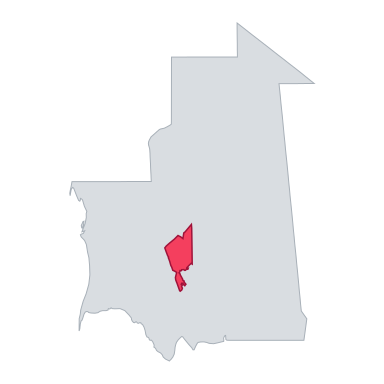 location of Tijigja, Tagant, Mauritania
{"feature_id": "47542326B404198781259", "entity_name": "Tijigja", "entity_type": "district", "adm_level": 2, "iso_a3": "MRT", "parent_name": "Mauritania", "parent_adm1": "Tagant", "projection": "equal_earth", "projection_center": [-11.566, 18.518], "detail": "fine", "context": "in_parent", "style": "filled", "palette": "rose", "viewbox_px": 384, "rotation_deg": 0, "n_neighbors": 0, "source": "geoboundaries", "source_scale": "gbopen_adm2", "svg_char_len": 4632}
<svg xmlns="http://www.w3.org/2000/svg" viewBox="0 0 384 384"><path d="M165.8,359.2L165.4,359.0L163.2,357.0L162.2,354.7L160.5,352.9L158.1,351.7L156.5,350.4L155.8,348.8L155.0,347.8L154.0,347.3L153.9,346.8L154.2,346.0L154.0,344.6L152.6,341.5L151.3,340.1L150.2,340.3L149.5,339.9L149.2,339.3L149.0,338.3L148.3,337.4L147.0,337.0L145.9,334.7L145.1,330.5L144.1,327.3L142.8,324.9L141.9,324.0L141.3,323.9L141.0,323.5L140.9,322.8L139.9,322.6L138.5,323.3L137.3,323.0L136.6,321.9L135.8,321.8L134.7,322.7L133.5,322.5L132.2,321.0L131.5,319.5L131.4,318.0L129.1,315.1L124.8,310.6L120.0,308.6L114.9,308.8L112.0,308.6L111.4,307.9L110.7,308.0L110.1,308.8L109.4,309.0L108.7,308.5L108.2,308.9L108.1,310.0L106.2,310.6L102.8,310.6L100.0,311.3L97.9,312.7L94.9,313.2L91.0,313.0L88.7,312.5L87.9,311.7L86.7,311.5L85.3,312.0L84.0,314.2L82.8,318.1L81.9,320.4L81.1,320.9L80.3,323.9L79.8,328.8L79.1,331.0L79.2,318.7L80.3,314.1L80.7,310.1L83.2,301.2L86.1,293.9L88.8,284.3L89.9,274.9L89.6,265.8L88.9,257.7L87.6,252.3L86.4,244.6L84.6,240.5L81.2,236.9L80.4,234.8L81.3,234.1L83.3,233.5L84.7,230.8L81.9,231.8L85.2,223.3L86.3,217.5L86.2,213.7L86.8,211.4L84.4,206.3L82.5,199.9L81.5,198.9L80.5,198.4L80.4,199.9L79.8,201.2L78.6,200.4L76.6,195.7L73.7,188.2L72.7,187.4L71.8,188.5L71.2,189.4L70.1,195.7L69.8,193.2L70.3,190.3L71.1,186.7L72.0,181.6L74.6,181.6L79.2,181.6L88.4,181.6L93.0,181.6L102.2,181.6L106.8,181.6L116.0,181.6L120.6,181.6L129.8,181.5L134.4,181.5L143.7,181.5L148.3,181.5L151.3,181.5L151.1,177.9L151.0,175.1L150.8,171.3L150.6,167.5L150.5,163.7L150.3,160.1L150.1,156.6L150.0,153.3L149.8,150.3L149.6,148.5L148.6,145.1L148.4,143.4L148.7,141.6L149.4,139.9L151.1,136.8L153.9,134.4L157.0,131.6L159.4,129.5L160.6,129.0L164.3,128.2L167.3,126.7L170.1,125.1L171.3,124.2L171.4,121.3L171.5,57.1L185.5,57.1L189.2,57.0L215.0,57.0L218.7,57.0L237.4,57.0L237.4,54.0L237.3,49.7L237.3,43.8L237.2,37.8L237.1,27.4L237.1,23.0L240.8,25.9L248.3,31.8L252.0,34.7L259.5,40.5L267.0,46.3L274.5,52.2L278.2,55.1L282.0,58.0L285.7,60.9L289.5,63.9L297.0,69.7L300.2,72.2L305.0,76.1L309.6,79.8L314.2,83.5L307.2,83.5L297.9,83.6L291.6,83.6L285.1,83.6L279.0,83.6L279.6,89.6L280.3,96.2L280.9,102.9L281.6,109.5L282.3,116.1L284.2,136.1L284.9,142.7L285.5,149.4L286.2,156.1L286.9,162.7L288.2,176.1L288.8,182.8L289.5,189.5L290.1,196.2L290.8,203.0L291.5,209.7L292.8,223.1L293.4,229.9L294.1,236.6L294.7,243.4L295.4,250.1L296.1,256.9L296.7,263.7L297.4,270.4L298.7,284.0L299.3,290.8L300.0,297.6L300.6,304.4L301.3,311.0L303.7,314.4L306.8,318.8L306.0,324.9L305.0,332.3L303.9,340.3L295.5,340.3L287.1,340.3L266.3,340.3L262.2,340.3L241.4,340.3L237.2,340.3L229.2,340.3L226.8,340.2L225.9,339.5L225.6,335.4L224.9,335.6L224.1,336.9L223.6,338.2L223.8,339.9L223.7,341.4L221.0,342.0L217.4,342.9L213.6,343.7L209.7,343.4L208.4,343.1L207.0,342.5L204.0,341.9L202.3,341.9L200.4,342.0L198.2,342.4L197.4,343.1L195.7,346.2L194.1,349.8L193.0,349.8L191.8,347.8L188.5,344.1L184.5,339.2L182.7,336.8L181.7,336.5L179.8,338.2L178.2,339.9L176.5,342.3L175.7,344.6L175.1,347.2L174.8,350.4L174.2,354.1L172.8,357.1L171.1,359.3L169.9,360.4L169.4,361.0L165.8,359.2ZM83.4,225.5L82.1,228.1L81.5,227.1L81.3,225.4L82.5,222.9L83.0,221.6L84.0,221.2L83.4,225.5Z" fill="#d9dde1" stroke="#a8b0b8" stroke-width="1"/><path d="M164.8,247.9L165.9,251.0L167.7,255.8L168.0,256.2L168.6,257.1L168.3,257.7L168.9,259.1L169.8,261.7L170.5,264.3L170.8,265.3L170.9,265.6L171.7,267.1L172.8,270.3L174.6,271.1L176.6,272.4L176.6,272.7L175.9,275.6L175.4,277.6L175.5,278.1L175.7,279.8L176.5,282.0L176.9,282.9L177.4,284.3L178.1,286.3L178.6,287.7L179.1,289.1L179.6,290.6L180.2,291.2L181.5,290.2L181.8,289.9L182.3,288.6L182.4,288.1L182.1,287.6L181.9,287.2L181.7,286.9L181.6,286.6L182.3,285.0L181.2,284.6L181.6,283.3L182.2,283.3L182.6,283.3L182.9,283.5L183.3,284.0L183.7,284.9L184.1,285.0L184.8,285.7L185.2,285.1L185.9,284.2L185.6,283.9L185.4,283.5L184.9,283.0L184.5,282.6L184.0,282.1L184.2,281.1L183.3,280.6L182.9,280.3L182.8,279.7L182.6,279.5L182.5,278.8L182.2,278.4L181.5,277.0L180.9,276.0L180.6,275.4L180.3,275.0L180.2,274.3L180.1,273.9L179.7,273.6L179.2,273.1L179.1,272.6L179.6,272.3L179.8,271.9L180.0,270.6L181.0,270.7L181.4,270.6L181.5,270.3L181.6,269.7L183.9,269.6L184.0,269.8L184.6,270.3L185.0,270.4L185.5,270.2L186.7,269.1L186.9,269.0L187.6,269.3L187.9,269.2L188.2,268.3L187.3,268.6L187.0,268.5L186.7,268.3L186.7,268.0L187.0,267.5L189.3,265.1L190.9,263.6L191.1,263.4L191.2,263.5L192.2,264.1L192.0,248.0L191.9,240.8L191.7,228.1L191.4,224.4L184.9,232.1L183.8,232.9L182.9,238.6L180.5,236.7L179.9,236.5L178.0,235.5L175.8,237.7L174.9,238.6L174.2,239.3L169.9,242.8L166.7,245.6L166.1,246.2L165.2,247.4L164.8,247.9Z" fill="#f43f5e" stroke="#9f1239" stroke-width="1.5"/></svg>